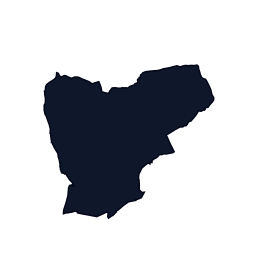 Arusha Urban, Arusha, United Republic of Tanzania, rotated 249°
{"feature_id": "72390352B90906351205470", "entity_name": "Arusha Urban", "entity_type": "district", "adm_level": 2, "iso_a3": "TZA", "parent_name": "United Republic of Tanzania", "parent_adm1": "Arusha", "projection": "mercator", "projection_center": [36.69, -3.448], "detail": "fine", "context": "isolated", "style": "filled", "palette": "ink", "viewbox_px": 256, "rotation_deg": 249, "n_neighbors": 0, "source": "geoboundaries", "source_scale": "gbopen_adm2", "svg_char_len": 3592}
<svg xmlns="http://www.w3.org/2000/svg" viewBox="0 0 256 256"><g transform="rotate(249 128 128)"><path d="M205.2,81.2L204.2,80.7L203.6,80.5L203.5,80.4L203.0,80.2L202.7,80.0L201.8,79.6L201.6,79.2L201.0,78.8L200.6,78.1L200.3,77.6L200.0,77.2L199.8,76.8L199.7,76.5L199.9,76.5L199.7,75.9L199.2,73.7L198.9,71.6L197.8,67.9L196.5,66.2L194.9,65.3L193.6,64.8L193.2,64.5L192.8,64.2L192.6,63.7L192.4,63.2L192.1,63.1L189.1,62.5L189.1,62.3L185.0,61.5L180.7,59.6L179.3,57.9L174.8,56.2L171.0,55.5L167.9,55.9L159.5,55.7L154.9,55.2L151.0,53.3L150.3,53.7L148.1,53.0L144.8,52.2L144.5,52.1L143.3,52.0L142.8,51.8L142.2,51.5L142.2,51.8L139.4,51.9L137.4,52.1L134.2,52.5L129.3,53.4L126.9,52.8L125.5,52.4L125.3,52.6L122.1,52.3L120.7,51.9L118.5,51.6L116.0,50.5L115.2,50.7L113.6,50.1L113.5,50.4L112.1,50.1L110.0,50.0L108.3,52.2L107.6,52.6L107.7,53.4L101.0,54.8L96.8,56.5L92.1,56.8L95.0,55.3L95.3,52.9L93.6,51.2L86.2,47.6L80.4,43.4L74.3,38.5L71.1,37.0L70.9,39.8L70.9,41.3L70.2,41.6L70.4,42.2L69.6,45.1L69.4,48.5L68.7,50.2L66.8,50.5L64.1,54.7L60.9,60.0L56.5,67.0L56.7,72.1L57.2,78.2L55.8,79.0L52.4,77.3L50.8,77.5L51.9,81.9L51.7,82.4L53.8,87.0L54.7,86.7L55.0,89.4L57.4,96.0L58.9,102.1L57.7,109.1L58.4,108.9L58.0,112.8L58.2,115.5L62.2,120.2L62.8,118.0L66.2,116.3L71.6,118.4L75.8,119.7L75.8,119.1L80.9,121.5L85.6,126.5L87.7,132.3L87.9,132.8L87.8,134.5L86.6,135.6L87.9,136.3L87.2,138.0L89.1,138.9L89.9,141.6L89.9,143.1L90.5,145.3L91.9,147.8L91.0,150.3L91.0,152.8L90.1,154.0L88.9,161.0L89.3,162.6L98.0,161.7L106.1,161.3L108.0,161.2L108.0,163.0L109.1,168.9L109.5,170.8L110.5,177.7L110.0,177.7L109.5,179.3L109.5,180.2L110.1,181.7L109.4,182.5L109.4,183.1L109.7,183.5L110.1,184.5L111.3,185.8L111.9,186.6L112.2,187.9L112.0,189.4L113.1,191.3L113.8,192.7L116.1,196.7L117.7,198.5L118.6,200.3L117.5,202.0L117.5,203.1L117.9,204.2L117.3,205.5L117.7,206.7L119.1,207.0L118.9,208.8L118.7,210.3L120.0,211.9L122.1,216.1L123.5,218.0L125.7,218.9L129.2,218.3L134.2,219.0L138.9,218.7L141.6,218.4L143.9,218.2L145.9,217.7L146.7,216.4L148.4,215.1L149.5,214.8L152.3,214.7L155.0,215.0L157.9,215.1L160.3,215.8L161.7,215.2L162.0,215.0L162.5,212.4L163.9,209.1L164.4,207.0L165.6,204.5L166.0,203.2L166.3,200.4L166.4,198.5L168.5,196.1L169.0,192.5L169.3,188.8L170.0,185.1L170.6,182.1L170.6,179.2L171.1,176.0L172.0,173.1L172.6,170.8L172.7,170.7L174.2,164.8L174.2,161.5L173.3,160.3L173.1,159.0L171.8,158.0L171.7,157.9L171.2,157.5L170.8,157.3L170.5,157.4L170.4,157.1L170.6,156.9L170.8,156.7L171.0,156.4L170.8,156.2L170.6,156.2L170.4,156.2L170.1,156.1L169.8,156.1L169.9,155.6L170.1,155.1L169.9,154.6L169.9,154.4L169.4,154.0L168.9,154.0L167.3,153.9L167.1,153.3L167.0,152.8L166.8,152.3L166.6,151.9L166.7,151.5L166.8,151.2L166.9,150.8L166.7,150.2L166.4,149.7L166.0,149.1L166.0,147.9L166.1,147.3L166.1,146.4L166.2,144.7L165.8,143.7L165.5,142.6L165.5,141.7L165.4,141.5L165.5,141.4L165.9,141.0L166.3,140.7L166.5,139.8L166.7,139.1L167.0,138.4L167.2,138.0L167.6,137.5L167.7,135.8L168.2,134.3L168.8,132.8L169.9,131.1L170.6,129.2L170.9,128.1L171.0,127.4L170.4,126.4L169.1,124.3L168.0,123.1L167.3,122.3L167.2,121.9L167.9,121.2L168.6,120.1L169.1,119.2L170.0,118.1L171.0,116.9L171.6,116.4L173.0,116.9L175.0,117.3L176.6,117.4L179.5,117.4L181.4,117.3L181.7,117.3L181.8,115.8L182.0,113.6L182.0,111.7L182.2,110.1L183.3,109.5L185.3,108.1L187.2,106.1L189.0,104.1L190.7,102.2L192.6,100.6L193.7,99.1L194.7,96.5L194.7,94.6L194.5,93.7L194.4,92.8L195.0,92.7L195.9,91.8L196.7,90.8L197.6,89.9L198.7,89.0L199.3,88.3L199.8,87.2L199.6,85.8L199.5,84.7L199.7,84.0L200.6,83.1L201.8,82.7L203.3,82.6L203.8,82.5L204.3,82.3L205.2,81.2Z" fill="#0f172a" stroke="#020617" stroke-width="1.5"/></g></svg>